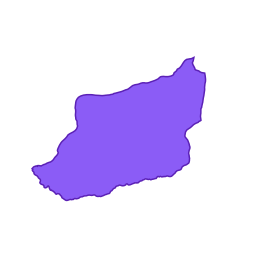 outline of Tilisca, Sibiu, Romania, rotated 25°
{"feature_id": "2599482B81731395938028", "entity_name": "Tilisca", "entity_type": "district", "adm_level": 2, "iso_a3": "ROU", "parent_name": "Romania", "parent_adm1": "Sibiu", "projection": "orthographic", "projection_center": [23.764, 45.562], "detail": "fine", "context": "isolated", "style": "filled", "palette": "violet", "viewbox_px": 256, "rotation_deg": 25, "n_neighbors": 0, "source": "geoboundaries", "source_scale": "gbopen_adm2", "svg_char_len": 5768}
<svg xmlns="http://www.w3.org/2000/svg" viewBox="0 0 256 256"><g transform="rotate(25 128 128)"><path d="M174.3,45.8L172.6,46.3L171.1,46.7L169.9,46.7L168.9,46.6L168.6,46.4L167.5,46.4L166.4,46.6L165.2,46.7L164.5,46.8L164.0,46.6L163.4,45.7L159.9,43.0L158.8,41.7L158.7,39.6L158.2,37.4L157.9,36.2L156.2,38.3L154.8,39.2L152.1,41.1L151.1,42.9L150.6,45.0L150.1,49.1L149.4,51.8L148.1,53.5L147.8,54.0L147.8,55.5L147.4,56.6L146.5,58.3L146.5,59.2L146.7,59.9L146.5,60.8L146.3,61.2L145.6,62.1L144.7,63.0L143.6,63.8L142.6,64.5L140.5,65.5L138.2,66.3L136.5,67.3L135.9,67.8L135.3,68.8L134.5,70.8L132.4,73.4L130.7,75.1L129.2,76.5L128.0,77.8L126.5,79.0L124.9,79.8L123.5,80.2L122.1,80.9L120.8,81.9L119.4,83.4L118.1,84.5L116.7,85.4L115.8,86.1L114.2,87.7L113.1,89.9L111.8,92.4L111.0,93.4L109.9,94.3L107.6,96.8L106.5,97.9L103.4,100.5L101.5,102.1L100.8,102.5L99.9,103.8L99.1,104.4L98.4,104.8L97.3,105.8L95.7,106.7L93.7,107.9L92.6,108.6L90.9,109.6L87.5,110.9L84.8,112.0L81.5,113.0L80.0,113.6L76.6,115.2L74.9,116.3L73.9,116.9L71.7,118.9L70.8,120.1L70.1,121.2L70.0,121.6L69.6,123.3L69.5,125.2L69.8,126.7L71.1,130.7L71.6,132.1L72.1,132.8L72.8,133.6L73.1,134.2L73.8,135.6L74.7,138.1L75.3,139.3L76.1,140.4L76.5,141.2L77.3,142.3L78.5,143.0L79.0,143.5L80.4,146.2L81.4,147.4L81.6,148.1L81.8,150.1L81.7,151.0L81.1,152.9L79.8,155.0L78.0,157.3L76.7,159.3L76.6,159.5L76.2,162.1L75.5,164.3L73.9,168.2L73.5,169.8L73.2,172.6L73.2,175.8L73.3,177.2L73.6,178.3L74.3,179.1L75.0,179.6L75.3,180.2L75.3,181.1L75.1,182.7L74.2,185.4L73.9,186.9L73.8,188.1L73.0,190.1L72.1,191.6L71.3,192.2L70.0,193.5L69.0,194.6L68.9,195.0L68.2,195.8L67.8,196.1L67.5,196.5L67.1,196.7L66.9,196.9L66.7,197.2L66.5,197.5L66.3,197.8L65.6,198.7L65.3,199.1L64.7,199.2L64.5,199.3L64.4,199.4L64.0,199.5L63.8,199.6L63.4,199.6L63.1,199.8L62.7,199.9L62.1,200.2L61.9,200.4L62.0,200.6L62.1,201.0L61.6,201.1L61.1,201.1L60.7,201.2L60.5,201.5L60.4,201.8L60.1,202.0L59.6,202.3L59.2,202.8L58.8,203.4L58.8,203.6L58.6,204.2L58.5,204.6L58.2,205.4L58.5,205.6L58.8,205.5L59.2,205.7L59.2,206.8L60.1,207.4L61.1,207.7L61.6,208.1L61.8,208.6L62.1,209.0L62.6,209.4L63.7,209.7L65.7,209.8L66.8,210.2L67.8,211.0L68.7,211.3L70.0,211.6L70.6,212.1L70.9,212.7L71.1,213.6L71.1,214.3L71.3,214.9L71.7,215.2L72.8,215.6L73.3,215.6L74.3,215.5L75.0,215.5L75.4,215.5L76.2,215.9L76.4,216.1L76.6,216.6L77.1,217.2L78.0,217.3L78.5,217.1L79.0,216.7L79.5,215.9L79.7,215.6L79.9,214.5L80.1,214.3L80.4,214.2L80.7,214.3L81.1,214.5L81.5,215.0L81.8,215.4L82.7,216.2L83.6,217.0L84.2,217.1L84.4,217.0L84.6,216.7L85.3,216.7L85.7,217.0L86.7,216.9L87.1,216.9L87.5,217.2L88.2,217.2L89.1,217.6L90.3,218.3L91.2,218.2L91.5,217.7L92.1,217.1L93.8,216.8L94.4,217.1L95.3,217.6L96.3,217.9L96.8,218.2L97.6,219.1L99.6,219.4L100.4,219.6L102.3,219.8L103.2,219.5L104.0,218.9L105.1,217.8L105.7,217.2L106.9,216.9L107.5,216.6L107.9,216.2L108.7,215.8L109.1,214.9L109.4,214.5L109.9,214.2L110.4,214.2L110.9,214.1L111.2,213.9L112.1,213.3L112.9,212.6L113.2,212.2L113.7,211.1L113.9,210.8L114.3,210.5L114.8,210.1L115.7,209.6L117.0,208.1L117.5,207.8L118.1,207.5L118.7,207.2L119.4,206.6L120.2,205.8L121.0,205.3L121.4,205.1L123.0,204.6L123.7,204.4L124.2,204.0L124.6,203.7L125.2,203.2L125.7,202.9L126.4,202.8L126.8,202.9L127.9,203.1L128.4,203.1L129.6,202.8L131.1,201.9L131.7,201.8L132.3,201.6L133.4,200.5L134.2,199.7L135.7,197.9L136.5,197.3L137.0,196.7L137.5,196.2L138.2,195.7L138.6,195.4L138.9,194.8L139.0,194.3L139.0,193.8L139.0,193.2L139.0,192.9L139.3,192.3L139.9,191.5L140.0,190.8L140.2,189.9L140.7,188.7L141.6,187.8L141.8,187.4L141.8,187.2L141.7,186.7L141.8,186.4L141.8,186.1L142.1,185.7L142.6,185.2L143.5,184.5L143.7,184.2L144.2,183.5L144.8,183.2L145.9,183.0L146.9,182.9L147.9,182.5L148.9,181.8L149.6,181.0L150.0,180.4L150.0,179.8L150.3,179.3L150.6,179.1L151.0,179.0L151.3,179.1L151.8,179.3L152.3,179.4L152.8,179.3L153.3,179.0L154.1,178.4L155.8,176.5L156.2,176.0L156.5,175.9L156.9,175.5L157.2,174.9L157.4,174.8L158.2,174.5L158.7,174.1L159.3,174.1L159.6,173.9L160.0,173.4L160.4,173.3L160.6,172.9L160.7,172.4L161.3,171.3L161.8,170.6L162.8,170.1L162.9,169.9L163.2,169.1L164.2,168.2L164.5,167.8L164.9,167.2L165.2,166.9L165.5,166.6L165.8,166.5L166.4,166.5L166.9,166.3L167.2,166.2L167.8,166.2L168.3,166.0L169.0,165.4L169.3,165.3L170.5,165.3L171.1,164.8L171.5,164.3L172.0,164.0L173.2,163.1L173.9,162.4L174.4,162.1L174.7,162.0L174.9,161.7L174.9,161.2L175.1,160.7L175.1,160.3L175.2,159.8L175.3,159.6L175.6,159.3L176.0,159.1L176.4,159.1L176.8,159.1L177.0,159.1L177.1,158.9L177.4,158.5L177.6,158.3L178.0,158.1L178.6,158.1L179.5,158.0L179.8,157.7L180.2,157.3L180.6,157.0L181.1,157.0L181.3,156.8L181.7,156.4L182.2,156.3L182.6,156.0L182.9,155.7L183.5,155.1L184.0,154.8L184.8,154.7L185.5,154.6L186.2,154.4L187.1,154.0L187.5,153.6L187.8,153.3L188.3,152.4L189.0,150.5L189.6,149.2L189.8,148.7L189.7,147.8L190.0,147.5L190.2,146.8L190.4,146.2L190.9,145.7L191.5,145.1L192.7,144.2L193.4,143.3L193.6,142.4L193.5,141.4L193.5,140.6L193.8,139.8L194.5,138.6L194.9,138.1L196.2,136.9L196.8,136.1L197.3,134.9L197.8,134.5L197.8,133.8L197.8,132.9L197.6,132.2L197.4,131.5L196.9,130.3L196.6,129.4L195.8,128.4L195.1,127.2L193.7,125.4L193.4,124.6L192.9,122.5L192.7,120.5L192.2,119.1L191.1,117.9L190.2,116.7L188.0,114.5L187.1,113.7L184.9,112.6L183.5,111.9L183.1,111.5L182.9,111.1L182.7,110.6L181.8,107.3L182.0,105.9L182.2,104.8L182.5,104.3L183.5,102.6L184.3,101.4L185.1,99.6L186.0,97.3L186.8,96.0L187.9,94.6L188.7,93.8L189.2,93.2L189.4,92.6L189.5,92.3L189.7,91.8L190.2,91.4L190.4,91.0L190.9,90.3L190.4,89.4L189.3,87.7L188.8,86.9L188.2,85.3L187.8,83.9L186.4,80.8L185.9,79.5L186.0,79.0L186.1,78.4L185.9,77.9L185.5,76.3L185.1,74.5L184.9,73.3L184.1,70.7L183.6,69.1L183.0,66.5L182.1,63.6L181.4,61.2L180.9,60.1L180.2,58.8L179.5,56.7L179.0,55.3L178.6,53.3L178.2,52.2L177.6,50.9L175.9,48.1L174.3,45.8Z" fill="#8b5cf6" stroke="#5b21b6" stroke-width="1.5"/></g></svg>